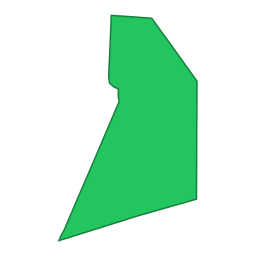 the district of Messias, Alagoas, Brazil
{"feature_id": "56859067B80605076797224", "entity_name": "Messias", "entity_type": "district", "adm_level": 2, "iso_a3": "BRA", "parent_name": "Brazil", "parent_adm1": "Alagoas", "projection": "natural_earth1", "projection_center": [-35.824, -9.341], "detail": "fine", "context": "isolated", "style": "filled", "palette": "green", "viewbox_px": 256, "rotation_deg": 0, "n_neighbors": 0, "source": "geoboundaries", "source_scale": "gbopen_adm2", "svg_char_len": 437}
<svg xmlns="http://www.w3.org/2000/svg" viewBox="0 0 256 256"><path d="M111.3,15.4L110.9,25.6L110.0,47.0L108.7,76.2L109.5,83.0L113.5,86.7L118.3,88.9L118.3,96.6L119.2,101.5L108.1,127.4L94.1,160.3L77.8,198.0L64.3,229.7L60.9,235.9L59.0,240.6L106.3,225.8L135.6,216.5L196.5,199.1L196.7,142.1L196.7,127.9L196.8,121.6L197.0,81.2L172.1,46.4L162.6,33.3L151.8,18.3L132.4,16.8L111.3,15.4Z" fill="#22c55e" stroke="#15803d" stroke-width="1.5"/></svg>